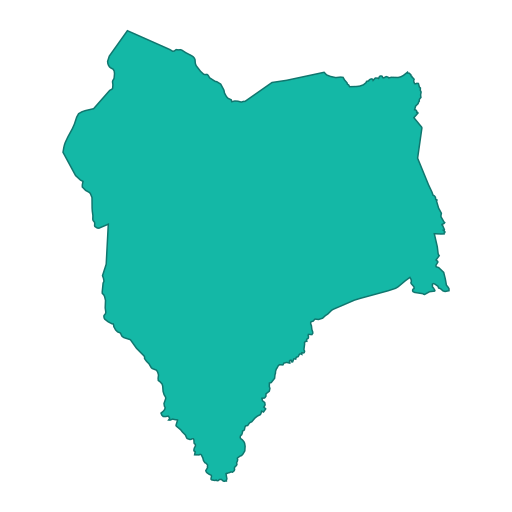 Nuevo Parangaricutiro, Michoacán, Mexico (Albers equal-area conic projection)
{"feature_id": "50627088B13133644207596", "entity_name": "Nuevo Parangaricutiro", "entity_type": "district", "adm_level": 2, "iso_a3": "MEX", "parent_name": "Mexico", "parent_adm1": "Michoacán", "projection": "albers", "projection_center": [-102.175, 19.394], "detail": "fine", "context": "isolated", "style": "filled", "palette": "teal", "viewbox_px": 512, "rotation_deg": 0, "n_neighbors": 0, "source": "geoboundaries", "source_scale": "gbopen_adm2", "svg_char_len": 5987}
<svg xmlns="http://www.w3.org/2000/svg" viewBox="0 0 512 512"><path d="M340.6,77.1L335.7,77.6L330.3,76.4L326.6,74.9L324.1,72.3L286.7,80.3L272.0,82.5L245.0,101.4L243.4,101.4L241.3,102.1L237.9,101.2L234.8,101.0L231.8,101.7L231.2,99.8L228.0,98.3L227.0,97.3L225.9,95.7L224.4,92.8L224.1,90.9L223.7,89.7L220.7,84.1L216.8,81.7L215.2,81.4L209.6,77.8L208.2,75.4L207.2,74.5L206.6,74.4L205.3,74.6L203.7,74.3L200.5,71.3L196.1,65.6L195.3,63.3L195.0,59.6L194.3,58.1L193.3,56.9L191.9,55.9L185.8,52.7L182.1,50.3L180.6,49.7L178.2,49.9L176.2,49.6L174.3,51.0L172.7,51.3L169.7,49.5L127.4,30.7L109.3,56.1L107.6,61.4L107.9,63.7L108.5,65.3L109.5,66.9L110.7,67.9L113.0,69.1L114.2,71.0L114.5,73.6L114.2,77.2L114.0,78.6L112.8,80.6L112.5,81.8L112.9,84.9L112.6,88.4L111.9,89.2L109.7,90.4L93.6,108.7L85.4,110.6L81.9,111.8L78.6,113.7L76.7,117.1L74.4,124.1L72.4,128.6L68.0,136.7L65.3,142.4L64.5,144.7L63.8,147.5L63.0,152.3L75.6,175.6L80.5,180.1L83.0,181.4L82.3,184.9L82.3,187.0L85.6,190.4L89.1,192.3L90.3,193.4L92.0,197.5L92.1,208.0L92.3,211.2L92.9,215.6L92.8,219.2L93.1,220.5L94.4,222.0L94.7,223.3L94.6,225.7L94.9,226.5L97.2,228.0L98.9,228.2L108.3,224.2L106.2,264.2L102.5,275.7L103.4,278.1L104.0,281.2L103.1,283.1L102.2,292.0L102.3,293.4L103.8,294.9L104.6,296.6L105.5,300.4L105.2,307.9L105.8,312.3L105.4,313.8L104.0,315.5L103.9,316.8L104.2,318.1L104.7,319.1L108.0,321.7L112.0,323.8L113.2,323.9L113.7,325.3L113.8,326.6L115.6,329.9L117.6,331.9L120.4,333.0L121.8,336.0L122.4,336.6L123.9,337.6L130.4,339.7L136.5,348.3L144.0,355.9L144.6,357.0L144.5,358.3L144.9,359.1L146.6,361.4L149.0,363.8L151.2,367.6L152.2,368.5L156.3,370.1L157.1,371.1L157.8,372.5L158.5,375.0L158.1,378.3L158.3,380.5L160.2,381.9L162.1,384.1L162.7,386.1L163.1,391.4L164.1,394.7L165.6,397.2L165.7,398.6L164.0,403.5L164.4,406.2L165.2,407.7L164.6,409.6L163.4,411.1L161.0,413.1L161.8,415.1L163.2,416.5L165.4,416.6L168.2,416.1L169.4,417.6L169.6,418.6L168.6,420.0L170.1,420.1L172.6,419.1L175.3,419.7L177.2,419.8L177.6,420.0L176.0,425.3L176.3,426.1L180.7,429.8L182.4,432.0L185.4,435.0L186.7,438.0L187.3,438.6L189.9,439.5L190.9,439.4L192.1,438.8L193.4,438.8L193.9,439.9L194.1,443.1L194.3,443.6L195.3,444.3L195.4,445.1L195.4,446.1L194.5,447.6L194.0,449.2L193.9,450.8L195.2,451.7L194.6,454.8L199.0,454.9L200.0,454.4L200.6,454.4L201.3,454.8L202.8,457.9L203.5,460.6L204.9,462.7L206.1,463.3L207.6,465.0L207.4,467.0L207.6,467.6L205.8,470.6L206.2,471.8L206.9,472.7L209.0,474.2L210.8,475.0L211.3,475.5L211.5,476.1L211.0,478.8L211.1,479.4L211.7,479.9L215.0,480.5L216.1,480.0L216.6,480.5L217.4,480.7L218.2,480.6L219.5,479.5L221.3,479.4L223.3,481.1L224.7,481.3L225.7,480.9L226.4,481.0L226.4,479.9L226.9,478.9L226.0,473.7L226.6,473.3L227.2,473.4L228.5,472.8L229.3,472.7L231.0,471.9L232.5,472.2L234.2,470.7L234.6,469.6L234.4,468.5L234.6,467.3L236.3,465.6L236.9,464.6L236.6,462.7L237.4,461.0L237.7,459.7L237.3,458.4L237.6,457.8L240.4,455.9L241.5,455.6L242.9,454.1L244.8,450.9L245.1,446.3L244.6,443.2L243.9,441.7L242.3,439.8L241.0,438.9L240.2,437.8L240.3,436.4L240.8,435.2L241.5,435.0L241.9,434.2L242.4,432.6L242.5,431.1L243.7,430.5L244.4,429.8L244.9,427.2L245.6,425.9L247.7,425.5L249.2,423.3L250.1,422.5L251.7,421.8L255.0,418.0L257.4,416.1L260.4,414.6L261.2,412.8L261.6,411.2L263.5,412.0L265.7,408.9L263.9,407.1L265.1,404.9L264.7,402.5L262.5,400.8L261.9,398.3L264.5,398.0L265.1,397.4L265.9,396.3L266.0,393.8L269.3,391.2L269.9,388.4L269.3,386.5L269.4,383.0L271.2,382.6L274.6,378.3L275.0,374.5L275.4,373.6L275.6,371.1L276.5,368.6L277.1,368.0L278.0,366.1L279.4,364.7L282.9,364.9L283.9,363.1L285.5,362.7L286.6,362.4L289.7,363.1L289.4,361.1L290.1,360.3L291.1,360.2L291.5,360.5L291.4,361.8L292.6,361.9L293.8,358.9L294.9,358.8L295.7,359.1L296.2,357.3L298.2,356.6L299.3,354.4L299.9,354.0L300.8,353.9L301.8,354.4L301.7,352.8L301.9,352.6L303.2,353.0L304.2,352.6L304.6,351.2L303.9,349.6L304.6,344.2L304.5,342.4L305.8,341.3L306.8,341.3L306.6,340.0L306.8,339.3L307.3,338.7L308.0,338.5L308.4,337.8L308.5,336.7L308.1,335.5L308.4,334.4L311.9,334.6L312.8,333.2L312.7,331.9L311.9,329.6L311.4,325.6L310.7,323.9L310.7,322.3L311.3,321.7L313.2,321.1L314.7,319.3L315.4,319.1L318.5,319.5L322.6,318.2L325.4,315.6L327.8,314.0L331.6,310.3L333.2,309.3L354.2,300.2L360.1,298.4L388.0,290.8L395.6,288.3L398.1,286.8L405.5,280.6L409.9,277.4L411.2,279.7L411.3,281.7L410.9,282.8L411.2,283.6L413.8,286.6L414.1,287.8L414.1,288.6L413.1,289.1L412.7,289.8L412.6,290.9L413.0,291.6L414.5,292.4L422.9,293.7L423.6,294.2L424.5,294.5L429.6,291.7L434.6,291.1L434.9,290.4L433.4,287.9L432.5,287.1L432.4,284.2L432.8,283.8L433.7,283.6L434.9,284.1L438.0,286.3L438.6,288.0L440.5,288.7L443.0,290.9L445.1,291.5L449.0,290.7L449.0,288.8L448.3,287.5L446.4,285.1L445.3,278.9L443.7,272.4L438.7,267.6L436.2,266.8L435.9,265.8L436.2,264.8L437.9,262.0L437.5,261.1L436.4,260.5L436.1,259.9L439.2,255.7L438.3,254.3L438.1,253.5L437.3,246.8L434.3,233.7L441.2,234.0L444.1,233.9L444.1,233.0L444.8,232.6L444.9,231.8L443.5,230.4L444.2,230.4L444.4,229.6L442.4,225.0L441.9,224.8L442.1,224.3L444.0,223.5L444.7,222.6L444.0,222.0L441.0,216.8L441.0,215.2L441.4,213.3L438.6,208.1L436.5,201.0L437.0,200.1L436.8,199.7L435.7,199.5L435.4,197.2L434.4,195.9L433.0,195.1L432.0,192.2L428.5,184.8L417.6,158.2L421.9,128.0L421.7,127.2L413.9,117.7L418.0,113.0L417.5,112.3L416.7,112.3L416.6,110.9L415.8,110.0L414.6,109.7L415.6,106.1L418.1,103.6L418.5,102.3L419.3,101.1L419.2,100.1L419.7,98.8L420.9,97.5L420.6,94.9L421.1,92.0L420.3,90.3L420.4,88.0L419.4,87.1L418.4,83.5L416.9,83.3L415.6,83.8L414.7,83.7L413.9,82.1L413.7,80.6L414.1,79.3L413.4,78.3L412.2,77.4L411.9,76.4L410.9,75.7L410.9,74.8L409.2,73.2L407.7,73.1L407.5,72.2L403.3,75.5L400.8,76.8L398.1,77.5L391.3,77.3L388.8,77.9L387.9,77.1L386.2,76.6L383.7,77.9L382.7,77.6L382.3,76.4L381.4,76.0L380.2,76.0L379.3,76.8L378.6,78.5L377.5,78.1L375.3,78.0L373.1,80.4L372.8,79.5L372.1,79.0L371.4,78.9L370.2,79.3L369.2,80.0L368.6,80.9L366.5,81.4L366.2,82.5L363.4,84.8L359.8,86.1L356.6,86.5L349.6,86.7L348.6,84.9L347.4,84.2L347.0,82.8L344.5,79.9L343.1,77.4L340.6,77.1Z" fill="#14b8a6" stroke="#0f766e" stroke-width="1.5"/></svg>